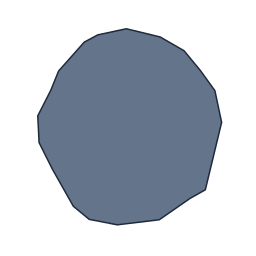 Nakhchivan City, Naxçıvan, Azerbaijan, rotated 281°
{"feature_id": "54616110B79262118902245", "entity_name": "Nakhchivan City", "entity_type": "district", "adm_level": 2, "iso_a3": "AZE", "parent_name": "Azerbaijan", "parent_adm1": "Naxçıvan", "projection": "natural_earth1", "projection_center": [45.413, 39.213], "detail": "fine", "context": "isolated", "style": "filled", "palette": "slate", "viewbox_px": 256, "rotation_deg": 281, "n_neighbors": 0, "source": "geoboundaries", "source_scale": "gbopen_adm2", "svg_char_len": 427}
<svg xmlns="http://www.w3.org/2000/svg" viewBox="0 0 256 256"><g transform="rotate(281 128 128)"><path d="M141.2,42.4L122.7,37.1L96.7,43.5L73.2,61.6L56.2,76.1L40.7,89.3L30.9,107.4L30.9,135.9L43.9,176.2L70.7,202.3L82.1,215.7L150.7,218.8L151.2,218.9L181.2,206.2L198.3,188.0L214.5,168.3L223.5,142.2L225.1,107.4L213.7,80.6L204.0,68.7L170.7,49.0L150.3,45.0L141.2,42.4Z" fill="#64748b" stroke="#1e293b" stroke-width="1.5"/></g></svg>